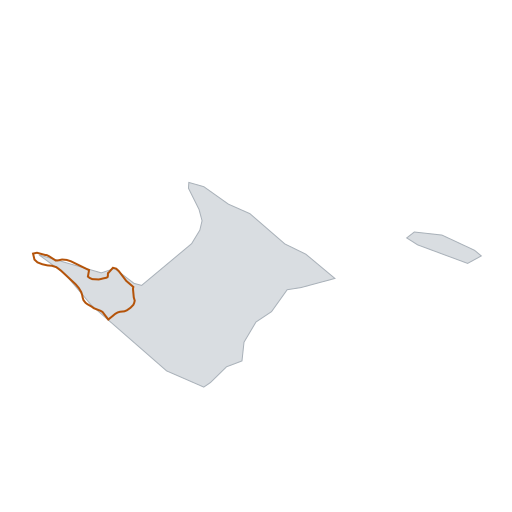 Trinidad and Tobago, with Siparia highlighted, rotated 43°
{"feature_id": "TTO-52", "entity_name": "Siparia", "entity_type": "Region", "adm_level": 1, "iso_a3": "TTO", "parent_name": "Trinidad and Tobago", "parent_adm1": "", "projection": "orthographic", "projection_center": [-61.668, 10.145], "detail": "fine", "context": "in_parent", "style": "outline", "palette": "amber", "viewbox_px": 512, "rotation_deg": 43, "n_neighbors": 0, "source": "natural_earth", "source_scale": "10m", "svg_char_len": 1424}
<svg xmlns="http://www.w3.org/2000/svg" viewBox="0 0 512 512"><g transform="rotate(43 256 256)"><path d="M307.2,387.5L269.0,401.0L169.5,404.3L128.3,399.4L96.6,403.2L154.3,373.9L161.0,361.6L185.5,359.2L192.4,355.5L200.5,290.9L197.3,275.4L192.5,267.0L182.6,260.8L160.4,252.5L156.7,248.0L170.6,240.9L200.5,236.9L222.7,229.2L268.9,227.5L291.2,220.7L329.0,218.6L310.5,248.3L301.8,259.4L305.3,286.1L301.0,304.3L306.0,327.2L317.3,342.3L310.0,357.1L309.0,379.5L307.2,387.5ZM366.7,137.6L353.9,140.0L355.4,130.5L377.7,113.9L411.9,102.8L420.7,102.3L415.8,117.1L366.7,137.6Z" fill="#d9dde1" stroke="#a8b0b8" stroke-width="1"/><path d="M159.5,369.5L159.6,369.4L159.4,362.2L162.4,360.6L165.9,360.6L178.1,362.7L187.4,362.3L188.4,363.9L194.8,369.6L197.8,371.4L199.0,373.6L199.6,375.4L199.5,379.5L198.6,383.8L197.5,386.2L194.5,389.6L193.3,391.7L192.5,394.3L191.3,403.2L181.9,401.6L179.7,402.1L173.0,404.8L170.4,405.1L165.7,406.2L163.3,406.5L160.0,406.0L157.7,404.7L155.5,403.1L152.8,401.6L148.4,400.3L143.6,399.7L123.2,399.7L117.6,400.3L113.3,402.4L109.9,405.1L105.3,407.8L100.5,409.7L96.4,409.7L91.3,406.3L93.6,403.0L101.2,399.0L102.3,398.1L104.9,397.3L112.6,395.9L114.1,394.4L116.6,390.8L120.2,388.0L124.2,386.1L142.3,380.6L143.4,380.1L144.2,381.2L147.1,385.7L149.3,385.5L152.0,384.6L157.0,380.4L158.4,378.4L159.4,376.8L161.5,373.8L161.8,372.5L161.1,371.4L159.9,370.1L159.5,369.5Z" fill="none" stroke="#b45309" stroke-width="2"/></g></svg>